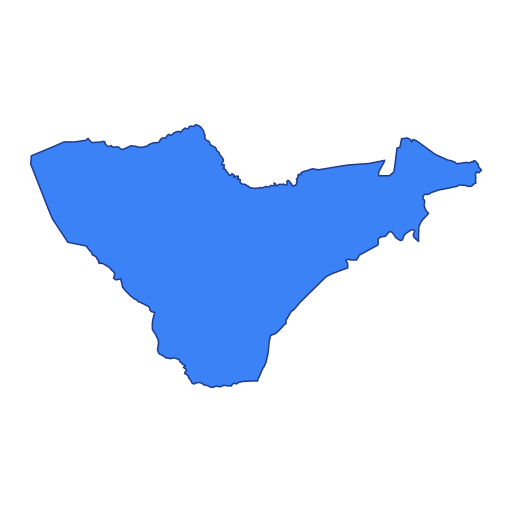 Kaiti, Eastern, Kenya (Albers equal-area conic projection)
{"feature_id": "3690345B42792892468176", "entity_name": "Kaiti", "entity_type": "district", "adm_level": 2, "iso_a3": "KEN", "parent_name": "Kenya", "parent_adm1": "Eastern", "projection": "albers", "projection_center": [37.461, -1.788], "detail": "fine", "context": "isolated", "style": "filled", "palette": "blue", "viewbox_px": 512, "rotation_deg": 0, "n_neighbors": 0, "source": "geoboundaries", "source_scale": "gbopen_adm2", "svg_char_len": 6102}
<svg xmlns="http://www.w3.org/2000/svg" viewBox="0 0 512 512"><path d="M418.6,241.2L418.5,236.5L418.9,226.4L421.7,220.8L428.5,213.5L426.2,210.7L425.0,208.3L424.5,206.8L424.1,205.2L424.3,203.7L424.6,202.1L424.6,200.7L424.0,199.7L422.8,198.9L423.3,196.0L424.2,194.8L425.3,194.1L427.3,194.6L428.4,194.0L429.7,193.8L430.7,192.8L433.4,191.8L435.4,191.4L437.0,190.5L438.4,190.1L448.7,188.1L457.2,186.2L459.5,184.9L461.7,185.2L465.2,185.4L468.5,186.5L471.8,186.1L472.6,185.2L473.6,184.3L475.9,182.9L475.8,181.4L475.5,180.4L475.6,179.3L475.9,178.0L475.5,175.9L475.6,174.4L475.9,173.3L476.5,171.9L477.9,172.5L479.2,172.7L479.8,171.6L481.3,170.6L480.9,169.3L479.0,167.5L478.5,166.4L478.3,164.9L477.6,163.5L476.4,162.5L475.7,161.3L474.7,160.9L473.7,160.7L473.1,161.8L471.7,161.8L469.6,162.7L467.7,162.6L466.3,162.4L457.5,163.7L456.5,163.5L454.8,162.1L453.6,161.5L452.3,161.2L451.1,160.7L448.1,160.1L447.0,159.7L435.1,154.3L417.0,141.1L415.1,140.1L412.9,139.6L411.9,141.7L411.1,141.1L410.7,140.1L410.0,139.3L407.5,138.1L406.2,137.9L404.5,138.5L401.6,138.7L399.9,147.3L397.0,148.1L395.3,161.9L393.9,171.8L389.5,175.7L378.7,175.8L378.6,172.2L384.4,161.5L384.5,160.4L369.0,163.5L349.2,164.9L342.8,165.8L320.2,169.5L318.4,169.7L316.0,169.4L313.5,168.9L312.4,168.8L306.3,170.8L303.9,171.3L302.6,171.9L301.1,172.7L301.0,174.6L300.0,174.6L298.7,174.2L297.9,175.5L297.9,177.7L296.4,179.0L297.3,180.9L296.5,181.9L296.7,183.6L296.0,184.6L294.9,185.4L293.3,185.9L292.1,185.6L291.9,184.6L291.3,183.6L290.2,182.6L289.2,180.9L287.9,180.3L286.8,181.7L287.1,184.1L286.3,185.1L285.0,185.0L283.7,184.1L282.0,184.4L279.1,184.3L276.7,185.9L276.0,185.2L275.3,183.6L274.1,183.2L274.4,184.8L273.9,185.9L272.3,185.6L270.6,185.5L269.6,186.6L268.6,187.0L266.2,186.4L263.2,187.5L261.2,187.9L259.8,187.5L257.9,188.3L256.3,188.1L254.7,188.4L249.6,187.6L249.0,186.6L246.7,185.5L245.8,184.6L244.3,184.2L243.0,184.4L240.2,182.7L240.0,181.4L240.5,180.1L239.5,179.3L238.4,179.3L237.4,179.0L238.3,177.8L238.3,176.3L236.5,176.0L235.2,176.9L233.9,177.2L234.3,175.3L232.9,174.5L232.0,173.6L230.9,175.1L229.6,175.4L228.8,174.5L227.1,171.8L225.9,171.0L225.6,169.7L223.4,168.3L224.2,167.3L224.0,166.0L224.1,164.7L222.8,164.9L221.6,164.7L221.9,163.4L222.7,162.4L223.4,160.6L223.3,159.4L221.6,156.8L219.4,154.2L219.1,152.4L216.9,150.8L216.3,149.7L216.1,148.5L215.2,147.3L213.6,146.7L211.3,145.2L210.4,144.8L209.9,143.8L209.6,142.5L208.8,141.1L206.7,140.5L205.1,138.9L204.9,137.9L205.0,135.3L203.8,132.8L203.8,131.3L203.0,130.1L201.8,128.6L201.0,127.3L198.8,125.8L196.1,124.6L194.9,125.2L193.7,126.5L192.0,126.3L190.4,126.0L188.9,127.1L188.2,128.6L186.7,128.8L185.8,128.2L184.6,128.2L183.7,129.3L182.6,129.8L181.3,131.8L180.5,132.5L179.8,131.6L178.7,131.3L177.7,131.7L176.5,131.7L175.2,132.4L173.9,132.9L171.9,134.9L170.5,135.3L169.3,134.4L168.1,134.7L167.3,135.7L166.5,136.3L165.9,137.9L164.3,138.0L162.8,137.9L161.7,138.3L160.7,139.2L159.4,141.5L157.9,142.8L156.4,142.5L155.1,142.9L153.7,142.8L152.1,143.3L150.7,143.8L149.7,144.3L148.5,144.8L147.0,146.3L145.8,146.3L143.2,147.1L139.6,147.2L138.0,147.0L135.4,146.2L133.8,146.2L131.0,145.7L124.6,148.7L121.9,149.5L120.1,148.5L118.5,147.0L116.6,146.9L112.5,147.1L111.4,145.6L110.1,146.2L108.6,146.5L107.2,146.0L106.4,145.2L105.6,144.2L105.1,143.3L104.7,141.8L102.4,141.3L101.0,142.0L96.8,142.3L94.0,142.4L92.4,142.7L91.2,142.2L90.1,140.7L88.0,138.4L85.7,140.4L84.5,140.5L73.9,142.0L64.2,141.9L50.1,148.0L31.4,155.8L30.7,164.0L48.0,208.2L52.4,218.8L67.9,242.3L86.4,246.0L87.0,247.1L90.3,251.4L91.3,251.9L92.2,254.4L93.0,255.3L94.0,255.6L95.3,256.3L96.5,257.5L97.1,259.0L97.9,260.0L98.9,260.7L98.5,262.2L99.2,263.4L101.8,263.3L103.4,263.8L104.4,264.4L105.4,265.2L106.6,265.7L107.5,266.4L108.5,266.8L109.3,267.4L110.3,268.7L112.0,270.5L113.2,271.4L114.5,272.8L114.5,274.3L114.1,276.9L113.6,278.3L114.6,278.9L115.6,279.8L117.0,279.7L120.7,278.9L121.2,281.5L121.8,282.9L122.1,285.1L122.6,287.3L125.0,290.2L131.1,296.4L134.8,299.2L136.7,299.8L138.1,301.5L140.4,302.4L141.8,303.1L144.4,304.3L145.5,305.1L147.7,306.0L148.7,306.6L149.5,307.6L149.9,310.1L150.7,311.0L151.9,311.8L154.9,312.5L153.8,315.6L152.9,319.5L152.3,323.0L152.3,327.7L152.5,329.7L153.7,331.7L154.8,333.1L156.0,335.2L157.0,337.5L158.0,339.2L158.6,342.8L157.5,349.8L158.4,352.5L159.1,353.6L160.3,354.4L162.8,355.5L163.7,356.4L165.1,357.2L166.4,358.2L167.5,357.9L168.9,358.4L170.4,358.6L171.8,358.5L172.9,357.9L174.2,357.8L177.2,359.0L178.3,358.9L179.0,359.6L180.5,362.4L182.0,363.1L182.6,364.4L183.7,364.6L184.9,365.1L185.3,366.1L184.2,366.5L183.5,367.3L184.3,368.1L185.2,368.7L186.4,369.2L186.5,370.2L185.6,371.3L184.9,372.3L184.7,373.6L186.0,374.1L187.1,375.0L188.3,376.1L188.7,378.1L189.7,379.0L190.7,380.3L191.9,382.9L192.7,383.5L194.4,384.0L195.7,383.1L198.8,382.4L200.3,382.9L201.5,382.9L203.0,384.2L203.9,384.9L207.0,385.5L208.4,386.0L210.1,387.0L211.7,387.3L212.9,387.4L213.9,387.1L215.4,386.2L216.7,386.1L218.0,386.5L219.2,386.7L220.7,386.7L222.4,385.9L223.7,385.2L227.0,385.8L231.5,385.9L232.1,384.4L233.7,383.4L235.1,383.3L236.2,384.0L237.1,383.5L238.8,382.4L241.1,381.9L242.3,381.5L252.5,380.9L257.6,381.0L257.7,379.9L260.2,374.5L262.5,368.9L264.0,366.8L266.0,362.4L267.6,355.4L268.3,351.2L269.2,341.5L269.9,338.9L270.2,336.2L272.1,334.8L274.4,334.1L275.6,333.5L277.6,331.8L281.4,327.9L282.4,326.7L283.5,325.7L284.2,324.6L285.4,324.1L286.0,323.3L286.1,321.8L285.9,320.7L286.3,319.4L287.2,318.5L290.3,312.9L291.7,310.9L293.2,310.3L294.8,308.6L300.3,302.1L324.9,277.9L326.7,276.4L332.2,273.6L347.7,267.9L347.7,264.4L347.5,263.2L345.8,260.3L346.9,259.6L348.3,259.3L350.7,260.0L356.7,260.0L357.0,258.7L358.0,257.8L358.6,256.7L359.0,255.3L360.2,254.7L377.9,245.0L378.2,243.8L378.2,242.4L378.2,241.3L377.9,239.5L378.9,238.2L380.1,237.4L381.9,236.7L384.3,236.5L385.4,236.2L386.2,235.5L388.7,232.3L389.8,231.6L391.8,232.1L393.2,233.7L394.6,235.6L395.1,236.8L395.8,237.5L398.6,239.6L400.8,240.6L402.5,239.8L404.1,235.4L405.2,234.0L407.7,232.2L411.1,230.1L412.3,229.8L413.3,229.8L414.3,230.5L414.7,231.4L413.8,233.4L413.4,234.6L413.3,236.0L414.1,237.3L415.5,238.8L417.0,240.1L418.6,241.2Z" fill="#3b82f6" stroke="#1e3a8a" stroke-width="1.5"/></svg>